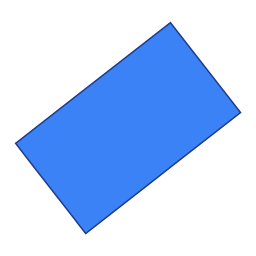 outline of Kossuth, Iowa, United States of America, rotated 232°
{"feature_id": "52423323B59270943515315", "entity_name": "Kossuth", "entity_type": "district", "adm_level": 2, "iso_a3": "USA", "parent_name": "United States of America", "parent_adm1": "Iowa", "projection": "mercator", "projection_center": [-94.205, 43.204], "detail": "fine", "context": "isolated", "style": "filled", "palette": "blue", "viewbox_px": 256, "rotation_deg": 232, "n_neighbors": 0, "source": "geoboundaries", "source_scale": "gbopen_adm2", "svg_char_len": 346}
<svg xmlns="http://www.w3.org/2000/svg" viewBox="0 0 256 256"><g transform="rotate(232 128 128)"><path d="M185.1,30.0L155.5,29.8L155.2,29.8L151.9,29.8L151.4,29.8L118.0,29.8L86.7,29.8L83.6,29.7L70.9,29.7L70.9,111.4L71.0,139.9L70.9,226.2L184.9,226.3L185.1,111.3L185.1,82.4L185.1,30.0Z" fill="#3b82f6" stroke="#1e3a8a" stroke-width="1.5"/></g></svg>